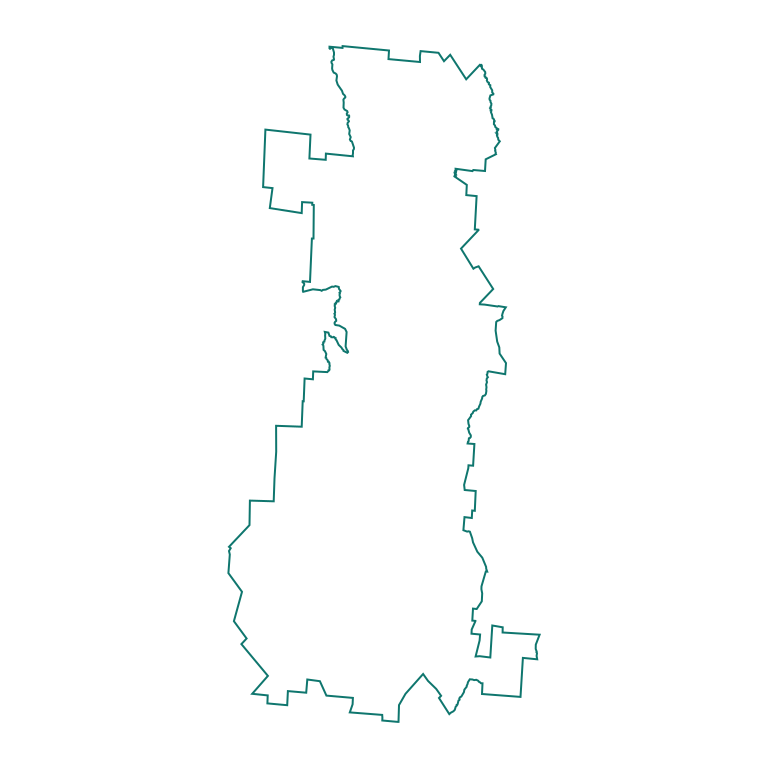 the district of Cloncurry, Queensland, Australia
{"feature_id": "25037944B6261933942264", "entity_name": "Cloncurry", "entity_type": "district", "adm_level": 2, "iso_a3": "AUS", "parent_name": "Australia", "parent_adm1": "Queensland", "projection": "equal_earth", "projection_center": [140.518, -20.699], "detail": "fine", "context": "isolated", "style": "outline", "palette": "teal", "viewbox_px": 768, "rotation_deg": 0, "n_neighbors": 0, "source": "geoboundaries", "source_scale": "gbopen_adm2", "svg_char_len": 6054}
<svg xmlns="http://www.w3.org/2000/svg" viewBox="0 0 768 768"><path d="M520.5,696.9L522.9,657.9L537.2,659.3L536.6,655.9L537.0,653.1L536.4,652.1L536.7,651.6L535.7,648.9L535.8,644.6L539.6,634.7L502.6,632.5L502.7,627.3L492.3,625.5L490.3,657.5L479.7,656.2L475.6,656.5L479.6,640.5L480.1,634.5L471.5,633.7L471.7,629.5L475.4,621.2L475.4,620.9L472.3,620.6L473.0,608.6L476.7,609.0L481.8,601.3L482.2,593.4L481.4,589.2L481.5,586.3L485.8,571.5L487.2,571.6L486.2,568.7L486.1,566.9L482.3,557.7L477.3,551.7L473.0,542.3L472.2,538.3L469.9,531.7L468.6,531.3L467.1,531.6L463.4,530.2L464.5,517.1L471.8,518.0L472.2,510.5L474.8,510.8L475.7,491.0L464.7,490.0L464.1,484.9L468.3,468.2L468.5,465.3L473.1,465.7L474.4,444.0L467.6,443.5L468.0,441.7L468.6,441.1L468.9,438.3L469.9,438.0L470.8,436.9L470.8,435.3L469.2,432.7L468.3,429.2L467.8,428.7L467.9,428.2L469.2,427.0L469.3,426.0L468.5,423.9L468.1,420.2L471.1,416.1L471.0,414.7L472.8,413.0L473.3,411.6L474.7,410.4L476.3,410.4L476.8,409.3L478.4,408.7L479.1,406.5L480.4,403.7L480.7,401.7L482.1,398.5L482.3,397.0L483.0,396.0L484.9,395.4L485.9,393.9L486.4,390.9L486.2,389.5L486.5,387.2L486.1,384.6L487.0,382.1L486.5,380.5L486.8,378.5L487.9,377.2L487.5,376.7L486.8,374.6L487.4,373.9L487.6,371.9L488.5,371.3L505.2,374.2L506.0,363.1L499.6,353.6L499.3,347.4L497.2,341.6L495.6,330.6L496.2,322.0L497.3,320.9L499.5,320.1L502.4,318.2L502.5,316.4L502.0,315.7L502.5,313.7L503.4,311.0L505.8,307.3L498.4,306.1L497.6,306.5L484.7,304.6L479.8,304.3L479.9,302.9L493.2,289.0L478.6,266.3L475.2,267.5L473.4,268.7L461.0,248.6L478.5,230.1L478.4,229.7L474.8,229.4L476.6,196.1L466.3,195.1L466.8,184.9L454.4,176.4L454.7,175.6L455.6,175.8L455.2,174.6L455.7,175.0L456.1,174.8L455.6,174.0L456.0,172.2L455.2,172.1L455.6,171.4L455.0,171.0L455.3,170.5L455.8,170.4L455.7,169.7L456.0,169.8L456.1,170.6L456.4,170.4L455.9,168.8L472.5,171.1L473.3,170.0L485.0,171.0L485.7,159.3L496.0,154.2L495.6,153.4L495.8,152.6L495.1,150.7L495.4,150.2L494.9,148.0L499.8,141.3L498.3,139.7L498.1,137.9L497.3,136.7L496.9,135.3L496.9,134.8L497.4,134.7L497.4,134.0L496.4,133.1L497.2,132.9L496.8,131.6L498.3,129.8L498.3,129.1L497.6,128.8L497.0,129.5L496.7,129.4L496.5,127.9L495.3,127.0L495.0,125.5L493.9,124.2L494.0,121.7L494.6,121.5L494.7,121.0L494.1,120.3L494.1,119.8L493.5,118.7L492.6,118.3L492.0,114.7L491.0,112.3L491.5,110.0L491.2,109.6L490.6,109.9L490.6,108.9L490.0,108.1L490.8,107.3L490.6,106.4L491.2,105.7L491.4,103.7L490.5,102.0L490.5,100.8L489.6,99.7L489.5,98.4L490.4,95.4L493.3,94.4L493.4,93.7L492.2,92.4L492.2,90.3L490.2,87.0L490.3,85.2L488.9,84.4L488.7,83.8L489.0,83.1L488.9,82.7L487.5,81.9L486.8,80.4L487.1,79.2L486.8,78.3L486.5,77.9L485.6,77.9L485.3,77.4L485.3,76.5L484.6,76.3L484.5,74.9L485.3,73.7L485.2,72.0L483.4,69.6L482.0,68.7L481.8,65.5L481.4,64.9L481.1,64.9L481.0,65.8L480.7,66.1L479.7,65.0L466.2,79.3L450.2,54.8L444.0,61.2L438.5,52.8L420.6,51.1L419.9,56.0L420.0,62.0L388.5,59.1L389.0,50.5L342.6,46.1L342.5,47.9L329.5,46.7L329.5,48.4L330.0,48.8L331.9,47.6L332.7,48.0L334.0,52.5L334.0,54.8L333.5,56.7L334.0,59.4L333.8,59.9L332.2,60.4L331.4,61.7L331.5,62.8L332.4,64.4L332.1,68.4L332.4,70.0L333.7,72.6L335.5,73.4L336.6,74.5L337.0,76.1L336.4,80.5L337.7,84.6L342.0,90.8L343.0,93.8L344.6,95.3L345.3,96.5L345.3,97.4L343.8,98.9L343.4,99.7L343.7,102.5L343.5,107.7L344.5,109.5L347.2,111.1L347.6,112.3L346.8,113.5L346.9,114.9L347.6,115.5L348.9,115.4L349.2,115.9L349.1,117.3L347.4,118.9L347.5,119.6L348.6,120.5L348.9,121.4L347.7,122.8L347.4,124.4L348.1,125.6L348.3,127.4L348.9,128.1L349.7,130.4L349.2,134.0L350.7,137.1L349.9,139.5L350.7,141.0L351.5,141.2L352.0,141.7L354.0,147.7L353.9,149.0L353.0,150.5L353.0,153.4L352.7,155.0L352.9,156.3L325.9,153.6L325.7,159.8L309.4,158.5L310.5,134.6L265.4,129.6L263.1,187.1L272.5,188.1L269.8,208.1L301.7,213.1L302.1,202.1L312.3,202.7L312.2,204.8L313.8,205.0L313.5,238.5L311.9,238.5L310.0,281.9L302.7,281.2L302.5,282.1L304.1,283.5L304.2,284.1L304.2,284.9L302.9,287.2L302.9,291.0L303.2,291.8L312.9,289.3L320.3,290.1L321.7,290.8L322.9,289.9L325.8,289.6L332.0,286.6L333.7,286.8L335.4,286.1L338.7,286.9L339.0,288.9L340.6,291.0L340.5,291.6L339.5,292.6L339.9,293.4L339.6,293.9L339.6,295.8L340.3,297.4L339.6,298.4L339.3,299.6L338.4,299.9L338.5,301.4L337.7,301.5L336.8,301.1L336.1,303.3L335.6,303.1L335.2,304.4L334.8,304.3L334.7,306.0L335.2,307.8L334.7,309.7L335.1,312.3L335.0,313.0L334.4,313.7L335.0,314.9L334.5,317.0L336.0,319.2L336.2,320.2L336.2,320.9L335.2,321.7L334.6,322.7L334.6,323.8L335.4,325.0L339.3,325.6L345.1,328.9L346.6,332.0L345.6,346.4L346.8,349.7L347.8,351.0L348.1,352.0L347.3,352.8L343.5,350.9L343.4,350.1L342.1,348.8L341.5,347.6L338.7,344.9L336.4,340.0L335.7,339.5L335.6,338.1L334.9,338.0L334.4,337.2L333.6,336.9L333.1,337.3L331.3,337.2L331.0,336.4L329.5,335.9L328.4,332.6L324.8,331.9L325.3,334.0L325.1,335.1L325.3,338.7L324.4,340.7L324.4,341.6L323.3,342.1L323.1,342.7L323.4,343.5L322.6,344.6L323.1,345.0L323.4,345.9L323.6,349.9L325.0,351.2L326.3,354.0L325.6,357.6L326.2,357.8L326.4,358.9L327.7,360.3L327.9,361.7L328.7,361.7L329.5,363.1L329.3,363.7L329.8,365.9L329.4,367.3L329.5,369.7L329.2,370.3L328.5,370.3L328.3,371.0L327.3,372.1L313.2,371.4L312.9,379.3L304.6,378.5L303.7,401.3L302.7,401.2L301.7,426.7L276.1,425.8L276.2,451.8L274.5,478.4L273.7,501.3L249.9,500.6L249.5,525.1L229.0,546.8L230.7,548.2L229.0,551.0L229.8,554.5L228.4,573.1L242.0,591.8L233.9,621.2L246.6,638.5L241.4,644.1L267.9,675.9L252.2,693.8L267.7,695.4L267.4,703.4L287.2,705.2L287.9,691.1L306.2,692.7L307.3,679.5L319.9,681.2L326.4,695.6L352.9,697.9L352.6,704.3L349.8,712.4L382.2,714.9L382.4,717.7L382.3,720.5L397.9,721.9L398.5,721.9L399.0,705.1L405.5,693.8L423.1,674.0L428.0,680.9L436.2,688.9L441.1,695.8L439.0,698.0L449.3,714.1L450.8,712.7L453.4,711.3L454.8,709.8L455.7,706.7L456.7,705.7L456.7,704.9L457.3,704.8L457.6,704.2L458.5,700.5L459.4,700.0L459.6,699.4L459.3,698.4L459.6,697.9L460.3,697.0L461.3,696.6L463.9,692.2L464.4,689.6L466.7,686.7L466.7,685.8L467.6,683.9L467.9,682.3L469.8,679.3L472.5,679.5L474.1,680.1L476.3,679.8L478.3,680.8L478.8,681.7L479.9,682.2L480.9,683.2L482.5,683.3L482.0,694.0L520.5,696.9Z" fill="none" stroke="#0f766e" stroke-width="2"/></svg>